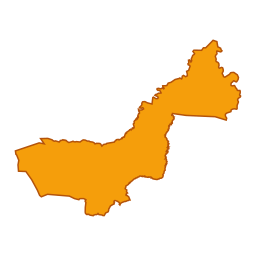 San Joaquín, Querétaro, Mexico (Albers equal-area conic projection)
{"feature_id": "50627088B97826300633000", "entity_name": "San Joaquín", "entity_type": "district", "adm_level": 2, "iso_a3": "MEX", "parent_name": "Mexico", "parent_adm1": "Querétaro", "projection": "albers", "projection_center": [-99.468, 20.999], "detail": "fine", "context": "isolated", "style": "filled", "palette": "amber", "viewbox_px": 256, "rotation_deg": 0, "n_neighbors": 0, "source": "geoboundaries", "source_scale": "gbopen_adm2", "svg_char_len": 5885}
<svg xmlns="http://www.w3.org/2000/svg" viewBox="0 0 256 256"><path d="M222.0,50.8L221.2,50.0L220.6,48.2L217.8,46.8L216.9,41.6L213.1,40.3L205.7,47.8L203.4,47.8L201.6,50.3L193.9,50.2L192.9,51.4L194.6,53.7L194.3,54.3L192.7,55.4L191.9,57.6L191.4,58.4L191.4,59.4L191.7,60.8L190.9,62.0L189.6,59.9L188.5,60.2L188.8,62.9L187.9,63.9L188.3,64.9L189.5,65.2L190.1,66.2L188.6,70.4L186.6,71.3L187.3,74.0L187.3,75.8L185.7,76.7L183.5,75.4L182.3,76.2L181.9,78.5L181.6,78.9L179.8,78.0L179.3,78.4L175.1,79.5L171.0,82.3L168.2,83.1L166.8,85.5L165.6,85.7L162.7,85.8L162.9,87.1L164.1,88.2L163.7,88.8L162.5,88.0L160.6,88.8L158.5,88.3L157.1,88.6L157.0,89.6L157.9,90.4L159.0,90.4L160.1,90.9L161.1,92.9L161.0,93.1L158.5,93.2L156.9,94.2L155.6,94.5L154.9,95.3L157.7,96.6L158.2,97.8L157.7,98.5L156.8,98.7L155.7,98.6L153.5,97.1L152.8,97.5L152.0,104.0L147.3,102.8L144.9,101.6L143.0,101.7L142.5,101.9L141.8,103.3L141.9,104.5L141.4,105.5L139.5,107.3L139.4,107.9L141.5,108.2L142.5,107.6L143.0,107.8L143.6,108.9L141.8,110.0L141.3,109.9L139.5,110.2L138.5,109.5L138.7,111.1L139.4,111.6L139.3,112.6L139.5,112.9L139.4,113.4L138.6,113.7L137.9,115.6L138.3,116.3L138.3,117.0L137.7,116.8L137.6,118.3L136.9,118.1L136.9,119.0L136.3,118.7L135.6,119.4L135.8,120.0L134.6,120.7L134.1,121.4L134.2,123.2L133.3,124.0L134.1,126.8L134.1,127.8L133.4,128.1L132.9,127.8L132.4,128.1L132.7,128.7L131.4,129.2L131.1,129.8L130.7,129.3L130.0,129.8L129.6,129.8L129.2,130.5L126.4,132.4L126.5,133.2L126.2,133.4L125.7,133.2L125.4,133.4L125.4,134.1L124.8,135.1L124.4,137.0L123.7,137.3L123.3,137.0L122.5,137.6L122.3,138.3L121.8,138.0L121.5,138.7L119.0,139.9L118.3,139.4L116.3,139.7L116.0,140.4L114.6,141.4L114.3,142.1L106.7,143.4L106.2,144.0L103.5,144.5L101.9,146.1L100.7,144.1L99.9,143.5L97.8,143.3L97.2,143.5L96.6,143.3L95.5,143.8L94.8,143.8L94.5,143.1L92.8,142.1L90.0,141.7L89.1,141.1L87.4,141.1L85.2,140.1L83.4,139.9L82.7,140.1L80.0,142.0L76.3,141.6L75.3,141.9L74.0,141.8L73.0,141.2L72.5,141.5L68.9,142.5L67.1,141.5L66.2,140.5L65.6,140.2L65.2,140.5L63.9,139.8L63.2,140.2L62.7,139.8L61.6,140.4L60.3,140.5L60.0,141.2L59.2,142.0L55.5,140.9L54.5,141.2L53.1,140.7L52.1,139.8L47.8,138.4L40.6,138.6L44.2,143.8L39.1,142.9L15.4,150.9L15.9,154.3L16.6,154.9L18.8,160.3L18.0,164.9L18.5,171.2L25.9,171.5L31.7,179.7L37.4,190.2L39.6,195.3L41.3,196.8L47.5,194.3L69.4,196.1L74.5,198.6L78.9,199.7L79.4,198.9L80.3,198.6L83.7,198.6L85.9,199.7L85.6,200.5L85.3,200.5L85.2,201.6L85.9,202.4L85.3,207.3L85.2,212.1L85.5,213.4L86.1,214.0L87.0,214.6L87.7,214.2L89.0,214.4L89.2,214.8L90.4,215.2L93.2,215.7L93.4,215.3L95.2,214.6L96.6,214.6L97.4,214.2L98.0,213.5L98.9,214.6L102.0,215.0L103.0,215.6L104.2,215.6L105.6,213.0L108.1,211.8L108.5,210.9L108.9,208.5L109.3,208.2L110.5,205.8L111.8,205.3L112.2,204.7L114.0,204.1L114.2,203.5L113.9,203.1L114.0,202.6L114.4,202.4L114.0,201.3L114.5,200.6L115.6,200.6L117.6,201.4L119.3,202.6L119.7,203.7L119.2,204.2L119.9,205.0L120.6,203.4L122.0,202.5L124.9,201.4L125.6,201.5L127.3,200.7L128.4,200.5L129.1,200.0L130.0,200.0L128.7,196.8L126.9,195.4L126.2,195.4L126.0,195.0L126.4,194.9L126.4,193.4L127.5,193.0L126.5,191.6L126.8,190.0L125.3,188.9L125.2,188.3L125.8,187.2L125.8,186.1L128.5,184.3L128.9,183.4L129.4,183.3L129.2,183.0L129.5,182.5L130.6,182.2L131.1,181.4L131.8,181.1L134.3,178.8L135.2,178.7L135.5,178.2L136.1,177.9L136.8,178.0L137.5,177.2L138.9,176.9L139.2,176.4L140.0,176.0L141.5,176.3L142.1,176.1L142.3,176.6L142.5,176.6L143.4,176.3L143.7,176.5L144.6,176.0L145.0,176.2L145.1,177.0L146.0,176.9L147.6,177.3L148.5,177.0L148.8,177.3L150.0,177.0L151.2,177.2L151.4,177.5L151.2,178.0L152.1,178.0L152.6,178.7L153.2,178.7L153.6,179.0L156.7,179.5L157.7,179.4L158.3,178.9L159.0,179.0L159.8,178.3L161.3,178.2L162.6,177.3L163.2,175.7L162.8,174.8L164.0,173.0L164.0,172.1L164.4,170.8L165.1,170.3L165.0,168.2L165.4,167.1L165.1,165.9L165.8,165.8L165.9,165.3L165.7,164.6L166.3,164.4L166.0,163.8L166.8,163.4L166.5,162.5L166.8,162.1L166.5,161.5L166.9,161.3L166.3,160.6L166.5,159.7L166.0,158.6L165.4,158.7L166.1,157.8L165.6,157.4L165.9,156.8L165.3,156.4L165.2,155.3L165.9,154.6L165.8,154.0L166.9,153.5L167.0,152.7L167.7,152.5L167.5,151.9L168.0,151.3L167.9,151.1L166.8,151.5L166.3,151.5L166.8,150.4L167.3,150.6L168.1,148.7L168.7,148.8L168.8,148.5L168.2,148.1L168.6,147.5L167.5,147.9L167.2,147.7L167.8,146.9L167.7,146.2L167.8,146.0L168.3,146.0L168.3,145.1L168.6,144.5L168.0,144.1L168.8,143.5L167.9,142.5L167.9,142.0L168.4,141.4L166.8,139.7L166.9,138.9L165.8,137.3L165.0,136.9L165.5,135.3L164.9,135.0L165.9,134.0L166.0,133.2L166.8,132.5L166.9,131.8L167.5,131.4L168.4,130.2L168.1,129.3L168.9,128.9L169.1,127.8L168.7,126.9L168.9,126.4L169.4,126.2L169.0,125.5L169.7,125.1L169.9,124.4L170.9,124.8L171.4,124.6L171.1,123.3L171.5,122.8L171.9,123.3L172.3,123.2L172.2,121.1L172.9,119.9L173.5,119.7L174.1,118.7L173.6,117.7L174.2,117.0L173.3,116.6L173.2,115.8L172.9,115.5L172.5,115.2L171.8,115.3L171.7,115.0L172.1,114.2L172.6,113.9L172.6,113.5L186.0,115.4L215.1,116.7L226.2,120.1L226.7,118.2L226.3,117.4L225.7,116.8L225.4,115.8L225.4,114.3L225.8,113.8L226.9,113.0L230.8,111.7L231.0,111.4L231.1,110.0L232.3,109.2L234.3,108.8L236.5,109.2L237.1,108.8L237.1,105.4L238.4,102.1L238.3,101.4L237.7,100.5L237.7,99.3L238.5,98.2L240.3,97.0L240.6,96.2L240.5,95.7L239.7,95.2L239.6,94.6L240.2,93.0L240.2,91.1L239.9,90.5L237.9,90.5L237.3,90.2L236.5,88.5L235.8,87.9L234.6,85.6L234.0,85.5L232.7,85.9L231.2,85.6L231.0,85.0L231.0,83.9L231.4,82.8L232.5,82.0L233.6,80.8L234.0,80.8L235.5,81.7L236.4,81.9L236.8,81.6L238.1,79.5L238.5,77.5L237.3,74.8L233.8,72.4L231.9,72.5L230.6,72.8L229.5,74.3L225.2,77.0L224.4,77.1L223.5,76.5L223.3,75.6L222.2,73.6L222.4,72.7L223.1,71.6L223.3,70.2L222.8,68.1L222.5,67.7L221.4,67.4L219.6,68.2L218.8,67.8L218.6,67.0L219.0,65.5L218.9,63.9L218.4,62.9L217.6,62.2L216.4,61.7L216.0,61.1L215.9,60.5L216.2,59.1L215.3,56.4L215.7,55.3L217.0,53.8L216.7,52.0L216.8,51.1L217.2,51.0L220.5,51.9L221.5,51.5L222.0,50.8Z" fill="#f59e0b" stroke="#b45309" stroke-width="1.5"/></svg>